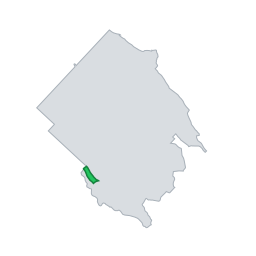 Kernoi, Western Darfur, Sudan (highlighted), rotated 313°
{"feature_id": "16777658B31925406348154", "entity_name": "Kernoi", "entity_type": "district", "adm_level": 2, "iso_a3": "SDN", "parent_name": "Sudan", "parent_adm1": "Western Darfur", "projection": "equal_earth", "projection_center": [23.614, 14.984], "detail": "fine", "context": "in_parent", "style": "filled", "palette": "green", "viewbox_px": 256, "rotation_deg": 313, "n_neighbors": 0, "source": "geoboundaries", "source_scale": "gbopen_adm2", "svg_char_len": 4297}
<svg xmlns="http://www.w3.org/2000/svg" viewBox="0 0 256 256"><g transform="rotate(313 128 128)"><path d="M164.8,201.1L163.0,201.1L162.8,200.5L162.9,199.0L163.0,197.9L163.6,196.1L163.5,195.1L163.6,193.7L163.1,192.1L158.9,187.5L158.1,186.3L155.8,185.1L156.2,183.8L155.2,174.5L155.6,173.4L155.7,171.8L155.7,170.3L156.2,167.9L156.3,166.9L151.9,166.8L151.8,167.9L152.0,169.0L152.0,169.5L145.9,169.5L148.4,173.2L148.6,174.8L148.4,176.8L148.5,178.1L148.6,178.9L149.3,180.6L149.3,180.9L149.1,181.3L144.8,186.2L144.1,188.4L143.6,189.6L142.3,191.6L138.4,196.9L137.8,197.2L134.7,197.4L134.4,197.5L134.2,197.8L134.1,197.7L131.5,194.6L127.1,190.9L124.2,192.9L123.4,193.6L123.4,195.4L123.0,196.3L122.2,197.2L120.1,197.9L119.0,198.4L117.7,199.4L116.4,201.1L116.3,202.0L116.5,202.7L109.1,202.7L108.6,202.1L107.6,199.3L106.8,199.5L100.1,199.2L99.2,199.5L97.3,200.6L96.3,200.8L95.3,200.3L91.8,194.8L91.0,194.1L90.2,192.8L89.5,192.3L89.2,191.9L89.1,191.3L89.1,190.1L88.9,189.3L88.3,189.2L83.6,190.4L82.9,190.3L81.9,190.5L81.6,190.7L81.2,191.5L81.1,192.9L81.0,193.7L80.7,194.5L79.3,196.4L79.0,197.2L79.1,199.2L79.0,200.2L78.8,200.7L78.2,201.5L78.0,202.0L77.8,204.6L77.0,206.2L76.8,206.7L76.8,207.9L76.7,208.2L74.5,209.1L73.7,209.7L73.3,210.6L73.1,211.0L72.2,210.6L71.1,210.4L68.8,210.1L67.9,209.7L67.5,209.1L67.6,207.5L67.4,207.2L67.1,206.9L66.8,206.2L66.9,205.4L68.0,203.5L68.3,202.6L68.6,198.0L68.5,196.6L67.6,194.0L65.4,189.6L64.9,188.7L62.2,185.1L61.9,184.5L61.3,183.0L62.0,179.6L62.0,178.7L61.9,177.7L61.2,177.0L60.6,176.9L59.8,176.0L59.3,175.6L58.8,174.8L58.5,173.7L58.7,169.7L58.6,169.2L57.9,169.0L57.7,168.8L57.8,168.0L57.4,165.7L57.0,163.9L57.2,162.8L56.6,161.4L55.5,160.8L53.4,161.3L52.7,161.2L52.3,161.0L52.0,160.4L51.8,159.8L52.0,158.9L52.6,157.2L53.3,155.8L54.9,154.6L55.3,153.9L55.5,153.2L55.5,152.3L55.4,151.4L55.3,150.6L54.8,149.5L54.4,148.2L54.4,147.4L54.6,146.8L55.0,146.0L56.5,144.6L58.1,143.3L58.4,142.9L58.3,142.4L57.6,141.4L57.3,139.5L56.9,138.1L57.7,137.1L58.3,136.8L59.2,136.4L59.6,136.0L59.7,135.2L59.7,134.4L60.0,133.9L60.4,132.6L60.8,132.1L62.0,130.6L62.3,129.7L62.3,128.8L62.0,126.1L62.7,124.9L63.6,124.0L64.8,124.1L66.8,123.8L68.1,123.5L69.1,123.5L71.2,124.0L71.5,123.8L71.6,123.0L71.5,71.7L80.4,71.7L80.5,71.6L80.5,47.5L136.3,47.5L136.7,47.4L137.6,45.2L137.9,45.0L138.5,45.2L138.7,45.7L138.3,47.5L187.0,47.5L187.2,50.3L187.7,52.5L189.2,55.6L190.4,57.3L190.8,58.2L190.9,58.6L190.9,59.0L190.5,58.6L189.9,58.3L189.8,59.7L190.2,62.8L190.8,64.9L190.5,66.8L190.6,70.1L191.4,74.1L191.3,76.7L192.5,82.6L193.6,85.9L194.2,86.7L194.8,87.2L196.0,87.4L197.8,89.1L199.2,90.9L199.7,91.8L200.4,92.9L200.9,92.7L201.1,92.4L201.6,93.2L203.9,95.0L204.2,95.8L203.4,96.6L202.6,98.0L202.2,99.3L201.9,99.8L201.2,100.6L201.1,101.0L200.8,101.2L200.5,101.2L199.7,101.7L199.1,101.5L198.4,101.8L198.1,102.1L197.6,102.4L196.9,102.5L195.8,103.6L194.8,104.1L194.5,104.6L194.0,106.8L193.6,107.3L192.2,107.4L191.5,107.6L190.5,107.4L190.0,107.4L189.9,107.9L189.7,109.7L189.8,110.5L189.0,112.7L189.3,116.7L188.6,119.7L188.5,120.4L187.8,122.8L187.4,123.7L186.4,128.2L186.1,129.5L185.2,131.0L186.3,141.8L185.7,145.1L185.7,146.9L185.3,149.5L184.9,150.7L184.2,152.2L183.7,153.9L183.3,156.1L183.0,160.2L182.9,160.6L180.2,161.1L179.4,161.4L178.9,161.9L178.2,163.0L176.9,165.9L176.2,167.7L175.2,170.1L173.9,171.9L173.7,172.7L173.5,174.3L173.0,176.8L172.6,178.5L172.7,180.0L172.3,182.4L172.4,183.7L172.0,184.3L171.4,185.0L171.0,185.1L169.1,183.5L167.8,184.6L167.0,186.2L166.4,187.8L166.8,191.3L166.8,192.0L166.6,192.8L165.5,196.2L165.1,197.7L164.8,200.4L164.8,201.1Z" fill="#d9dde1" stroke="#a8b0b8" stroke-width="1"/><path d="M69.3,142.4L69.2,141.4L68.5,140.0L68.7,139.0L68.7,137.2L68.8,136.3L69.0,135.4L69.4,132.7L69.4,132.4L69.5,132.0L69.9,130.1L70.4,129.0L71.5,125.5L71.6,124.7L71.7,123.9L71.4,123.9L71.1,123.8L71.0,123.7L70.8,123.7L70.6,123.7L70.3,123.5L70.2,123.4L69.8,123.4L69.6,123.4L69.3,123.4L69.2,123.4L68.8,123.2L68.5,123.2L68.3,123.2L68.2,123.2L67.9,123.2L67.8,123.3L67.7,123.7L67.7,123.8L67.4,125.3L67.1,126.5L66.8,127.1L66.3,128.2L65.6,129.7L65.1,130.4L64.9,131.1L64.7,131.9L64.6,132.3L64.1,134.8L63.9,135.4L63.9,136.1L64.0,137.5L64.1,138.6L64.0,139.4L63.9,140.5L64.3,140.5L65.2,140.7L65.6,140.7L66.4,140.9L67.3,141.2L67.9,141.6L68.2,141.7L69.3,142.4Z" fill="#22c55e" stroke="#15803d" stroke-width="1.5"/></g></svg>